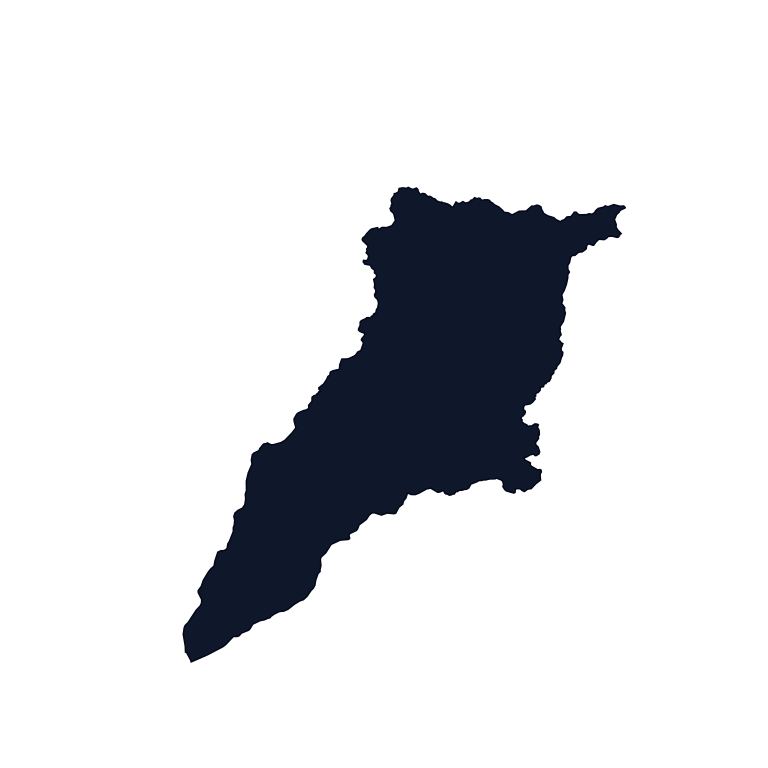 Villahermosa, Tolima, Colombia (orthographic projection), rotated 335°
{"feature_id": "7082276B2838596576058", "entity_name": "Villahermosa", "entity_type": "district", "adm_level": 2, "iso_a3": "COL", "parent_name": "Colombia", "parent_adm1": "Tolima", "projection": "orthographic", "projection_center": [-75.108, 4.977], "detail": "fine", "context": "isolated", "style": "filled", "palette": "ink", "viewbox_px": 768, "rotation_deg": 335, "n_neighbors": 0, "source": "geoboundaries", "source_scale": "gbopen_adm2", "svg_char_len": 6163}
<svg xmlns="http://www.w3.org/2000/svg" viewBox="0 0 768 768"><g transform="rotate(335 384 384)"><path d="M91.8,554.4L109.8,554.8L127.0,554.0L130.5,553.2L140.6,549.2L144.7,550.9L146.5,550.9L149.4,549.5L157.4,549.9L159.3,549.1L163.5,546.2L171.6,546.1L176.2,547.2L179.8,547.2L181.5,547.7L183.6,546.8L187.3,546.1L193.2,546.0L197.1,547.5L201.7,547.6L209.7,545.7L215.8,545.0L219.8,545.4L224.5,543.9L230.8,540.2L233.4,539.3L236.2,537.3L239.2,532.9L244.2,527.8L246.8,527.0L247.3,525.6L250.1,521.9L252.2,516.0L253.8,514.3L260.0,512.3L268.3,507.0L278.3,507.0L285.7,509.7L287.2,509.7L287.7,509.3L288.2,506.5L289.7,505.1L297.0,505.1L299.0,504.0L301.8,501.2L310.7,499.3L315.3,496.5L318.2,495.8L320.7,496.5L326.3,501.7L332.3,502.3L338.3,505.8L340.1,506.0L345.3,502.0L350.3,500.7L352.1,498.3L355.5,496.7L359.0,493.0L359.7,493.2L361.9,495.6L365.5,497.4L369.7,497.7L378.4,497.1L382.3,498.1L386.9,504.8L388.8,505.5L392.9,505.5L393.0,508.6L393.8,510.0L394.8,510.3L396.1,512.3L397.8,512.9L399.7,512.8L401.3,513.4L403.5,511.8L405.2,512.6L407.2,512.1L410.0,513.3L412.7,513.6L414.2,514.3L416.8,514.1L420.4,511.4L427.1,511.9L428.8,511.6L432.5,512.9L434.0,513.0L435.2,513.8L439.6,514.7L444.6,516.9L446.1,516.8L449.8,520.6L450.5,522.4L449.8,525.8L448.4,527.2L448.8,530.6L449.6,532.5L455.6,537.7L457.0,537.6L458.3,535.2L459.9,534.8L463.4,536.6L464.0,538.6L465.8,540.8L469.8,540.0L473.2,541.0L479.2,538.6L485.3,537.2L486.9,532.7L487.8,531.3L489.5,530.2L489.9,528.3L489.3,527.5L487.0,526.8L483.2,521.5L482.3,519.5L483.3,517.3L479.7,512.6L479.5,511.1L480.4,510.1L482.5,510.4L486.6,510.0L490.0,510.7L490.6,512.7L491.7,513.2L495.0,512.8L496.4,511.3L497.0,506.0L496.0,503.8L496.3,501.3L501.0,498.7L501.7,496.7L503.4,495.5L505.0,491.5L504.8,488.0L506.6,486.2L505.9,485.1L503.8,483.9L499.8,484.5L498.6,483.7L497.3,483.6L496.3,482.5L496.1,481.2L494.2,479.2L493.1,476.7L493.2,475.9L494.0,475.0L493.5,473.0L495.5,471.5L496.8,471.7L497.5,471.0L498.6,470.9L500.1,469.4L500.5,468.1L499.6,466.3L500.5,464.2L502.4,462.4L508.1,463.8L510.9,463.3L514.7,461.5L514.8,459.6L516.4,459.0L517.3,457.0L518.3,456.6L520.2,456.8L522.8,455.7L524.4,453.1L527.4,453.8L529.4,451.5L530.9,452.1L532.2,451.1L535.0,451.3L537.8,449.2L539.0,447.0L542.3,445.9L543.9,443.3L546.8,442.8L548.0,441.1L552.3,439.1L556.3,434.5L557.6,433.8L559.5,430.8L558.7,429.3L559.3,426.8L563.2,423.0L561.9,421.3L561.6,419.3L560.6,417.7L563.2,415.2L565.3,414.3L566.0,410.2L567.0,408.8L567.7,406.5L573.0,403.1L578.3,396.5L578.8,393.4L580.1,391.1L579.0,386.0L581.5,383.4L582.8,378.2L587.1,375.1L591.6,370.5L595.3,365.6L596.8,362.5L599.3,360.9L599.1,357.9L600.6,354.2L603.5,352.3L606.4,348.3L608.7,347.0L611.4,348.1L616.1,346.8L619.5,348.0L623.3,347.3L624.5,346.8L626.2,344.2L628.0,343.5L629.1,343.7L631.8,346.5L632.8,346.8L635.8,345.0L639.9,343.6L644.5,346.2L647.1,346.0L649.6,345.0L653.4,346.5L657.1,349.6L658.7,349.9L661.5,348.0L662.5,347.9L660.9,343.1L660.6,339.9L661.9,337.5L662.3,332.3L666.4,328.7L669.7,327.6L670.9,326.7L672.8,326.3L676.7,326.4L677.2,325.9L676.5,324.0L673.0,322.6L668.0,318.5L662.4,318.1L660.7,317.1L659.8,316.0L657.6,316.5L652.3,315.4L649.0,316.4L647.4,317.6L644.5,318.1L641.4,316.2L639.7,316.3L633.1,313.5L631.9,312.5L630.7,309.4L629.2,308.7L624.2,311.3L620.4,309.9L616.5,311.4L614.6,311.0L612.4,311.5L609.3,307.6L608.3,305.1L603.5,300.8L600.9,297.1L600.6,292.3L601.1,289.8L599.7,287.6L597.8,286.4L595.2,286.3L593.1,285.2L585.9,287.3L579.6,284.6L571.5,284.9L569.1,281.5L565.3,279.0L564.9,276.8L562.9,272.1L559.7,268.1L559.0,266.0L557.3,263.7L557.3,262.3L556.0,261.0L552.9,259.5L550.6,259.1L549.9,258.1L549.5,256.4L548.5,255.6L546.8,255.5L544.8,253.4L542.1,254.6L540.5,254.1L538.8,255.0L536.9,255.1L534.2,254.4L532.6,252.0L529.7,252.4L527.5,251.9L526.2,249.5L522.0,252.4L520.3,253.0L519.6,250.4L517.8,247.8L514.9,245.2L513.8,244.8L513.4,243.6L511.9,243.1L509.6,241.0L508.3,237.5L506.8,236.6L506.1,234.8L504.7,233.2L502.9,232.7L501.5,229.0L499.6,227.6L497.0,227.6L496.4,224.2L496.9,221.9L496.2,220.1L492.7,219.9L491.3,218.9L489.0,216.0L487.3,216.3L483.8,214.1L480.3,213.2L478.2,216.0L475.1,216.3L473.8,215.8L473.0,217.3L469.5,219.1L468.2,220.4L467.4,224.3L466.0,225.1L465.4,226.5L463.7,227.4L463.4,230.4L464.5,232.2L464.7,234.6L463.5,240.6L458.0,243.9L452.6,243.4L448.5,241.3L444.1,241.8L444.3,239.6L438.5,238.3L436.7,238.5L431.7,240.5L429.0,242.1L426.7,242.5L425.4,243.7L425.2,244.9L427.9,252.0L426.7,253.7L425.2,254.4L425.0,256.1L423.3,257.5L424.2,260.0L424.0,261.9L421.4,264.7L419.7,264.5L417.7,263.3L416.8,264.5L417.3,267.3L421.8,270.5L422.0,273.9L423.6,276.9L422.3,279.3L423.4,281.4L422.9,283.0L421.5,284.3L418.9,284.8L417.7,289.9L416.0,292.5L416.3,295.4L415.1,297.7L413.5,298.6L412.8,300.1L412.8,301.7L413.9,304.8L413.3,308.2L410.5,312.4L408.8,313.2L406.7,316.0L404.1,316.2L403.0,317.4L400.9,317.4L400.5,318.1L399.3,318.6L398.3,317.4L396.2,316.6L395.5,317.1L390.3,317.0L388.6,317.8L387.0,321.0L384.4,323.1L383.7,324.4L384.4,326.2L387.4,329.4L387.8,330.4L386.5,331.9L383.1,333.5L382.1,334.5L382.8,337.3L382.4,338.5L377.2,343.9L373.7,343.9L371.1,345.5L369.1,346.1L363.4,346.1L361.4,345.8L356.3,343.6L352.0,347.9L350.0,351.5L349.2,351.7L343.0,350.4L340.3,350.6L338.7,353.0L336.3,353.5L334.0,355.6L329.3,358.5L323.3,359.9L322.8,361.3L323.3,362.7L323.1,363.8L321.3,363.6L320.2,364.6L318.9,364.6L318.1,365.4L315.5,365.0L313.2,365.6L311.4,369.3L306.7,371.4L305.9,373.6L305.0,374.4L302.5,374.7L300.1,374.1L294.3,373.9L292.2,374.4L287.7,377.6L286.8,379.9L285.9,385.4L285.3,386.7L279.9,389.5L270.3,393.2L265.9,393.6L257.8,392.2L255.8,391.2L253.4,388.1L251.5,388.3L250.1,387.5L248.7,387.8L244.0,390.1L242.5,391.6L236.9,391.6L234.8,392.4L231.6,397.0L230.5,400.9L223.5,407.1L218.2,413.8L214.3,422.5L211.6,425.4L210.2,429.5L206.9,434.5L203.3,436.7L198.4,436.8L194.3,438.0L192.0,440.5L191.1,444.4L188.7,448.5L186.7,450.5L185.1,454.0L177.7,461.0L174.8,463.0L172.5,466.5L170.8,467.3L168.0,467.3L166.0,466.2L162.3,466.2L156.1,472.8L153.0,477.2L149.1,478.3L145.1,480.3L137.4,485.5L132.9,490.2L128.3,492.7L127.5,494.5L127.7,502.2L126.2,505.2L124.9,506.5L123.3,507.6L118.1,509.7L105.7,517.4L101.8,518.8L99.9,520.5L96.3,526.0L93.1,537.6L90.8,543.1L91.6,543.4L92.1,552.6L91.8,554.4Z" fill="#0f172a" stroke="#020617" stroke-width="1.5"/></g></svg>